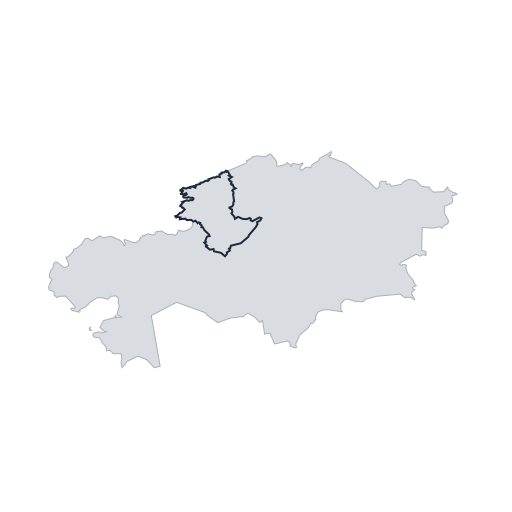 where Qostanay sits in Kazakhstan, rotated 348°
{"feature_id": "KAZ-3196", "entity_name": "Qostanay", "entity_type": "Region", "adm_level": 1, "iso_a3": "KAZ", "parent_name": "Kazakhstan", "parent_adm1": "", "projection": "equal_earth", "projection_center": [62.901, 51.427], "detail": "medium", "context": "in_parent", "style": "outline", "palette": "slate", "viewbox_px": 512, "rotation_deg": 348, "n_neighbors": 0, "source": "natural_earth", "source_scale": "10m", "svg_char_len": 5552}
<svg xmlns="http://www.w3.org/2000/svg" viewBox="0 0 512 512"><g transform="rotate(348 256 256)"><path d="M301.5,330.7L299.0,331.9L297.7,333.7L295.8,333.1L292.5,336.8L282.5,342.4L276.5,350.2L276.5,353.9L274.8,353.9L270.7,351.2L271.3,348.1L269.3,345.7L256.0,345.9L253.5,334.3L248.2,334.2L249.0,320.3L245.8,321.9L242.4,315.8L236.0,310.2L231.1,312.5L217.8,311.4L204.8,313.3L196.0,303.9L194.4,300.8L168.7,284.8L141.2,292.5L139.3,343.9L133.4,344.2L127.5,334.7L119.8,329.5L108.2,332.2L101.8,337.4L101.7,332.8L103.6,328.2L103.7,323.5L96.2,322.0L93.4,317.9L90.0,317.7L90.3,313.4L88.0,309.7L85.9,303.5L80.7,301.7L80.0,299.8L80.6,298.2L81.8,297.6L86.6,297.5L89.9,299.3L93.8,298.9L91.4,297.6L88.5,293.5L93.2,287.5L103.9,286.8L112.0,287.8L107.7,284.6L112.0,276.1L111.4,272.3L112.7,269.7L111.8,267.1L110.3,265.8L105.8,265.3L102.0,267.5L96.7,264.8L92.3,263.7L84.1,266.8L78.3,270.7L72.5,271.7L72.6,273.2L71.8,272.8L70.9,273.5L71.1,274.1L64.9,271.0L63.9,269.9L64.1,268.8L67.9,269.2L68.7,268.2L61.5,255.7L54.5,254.4L52.5,255.3L50.7,252.5L50.8,248.7L46.8,246.4L46.5,244.2L47.8,241.2L51.6,236.6L49.5,233.8L49.9,232.0L52.1,227.5L54.9,225.5L56.1,222.0L58.0,220.3L60.1,220.6L65.8,227.4L66.8,227.8L70.2,226.5L71.2,225.4L69.7,217.6L71.5,217.8L77.1,214.5L79.1,211.6L82.4,211.0L87.5,208.5L92.8,203.3L96.5,204.4L98.1,206.6L100.8,206.5L107.2,203.6L110.5,206.5L118.2,206.5L126.0,212.1L128.6,215.5L129.0,218.0L129.8,218.6L130.9,217.0L130.0,213.3L131.0,212.5L138.1,216.9L141.3,218.0L145.1,216.3L146.1,214.6L149.7,212.4L151.0,212.9L155.0,211.8L159.3,214.1L161.5,213.6L163.4,211.5L168.7,211.8L173.8,216.6L179.6,217.5L180.3,219.2L183.2,218.0L185.8,214.6L189.5,216.8L194.7,216.5L199.3,214.4L201.3,209.7L201.0,208.5L199.1,207.0L190.1,204.3L189.3,202.8L185.8,200.8L189.8,198.3L192.2,198.0L195.5,195.7L193.4,191.4L196.1,187.7L205.4,188.1L206.4,187.3L205.8,186.0L202.3,184.5L197.7,183.8L197.3,183.2L198.0,181.8L201.0,180.9L200.5,180.2L198.2,180.5L195.6,179.6L198.1,174.7L205.0,175.6L229.9,170.3L234.5,170.1L236.1,170.8L237.5,168.7L239.8,167.4L247.1,166.8L265.9,163.1L266.7,162.2L266.3,160.9L269.4,160.3L273.7,158.1L278.8,158.5L285.6,160.8L290.9,159.1L292.7,161.2L295.8,167.7L295.6,170.5L294.7,171.8L295.2,172.4L297.6,173.0L304.2,172.5L305.8,171.0L308.0,173.5L308.7,175.7L310.0,175.0L309.8,173.9L310.3,173.3L313.2,173.7L316.4,175.5L321.1,174.5L320.9,175.8L317.4,178.6L317.3,179.9L318.6,181.8L323.0,179.7L326.5,180.2L328.0,181.3L328.8,179.3L332.4,177.1L336.1,176.3L337.6,175.3L338.1,173.9L351.4,169.6L350.0,173.2L347.7,173.1L348.5,174.7L363.0,184.0L381.5,206.3L387.7,215.5L391.9,213.3L391.8,210.3L394.5,208.9L398.7,210.2L398.4,213.0L401.7,213.2L402.8,216.0L413.2,216.1L415.7,214.0L421.5,212.7L427.9,215.5L432.6,222.4L439.8,224.7L440.2,226.9L443.1,230.5L453.0,232.1L457.5,228.4L458.2,229.5L457.4,231.2L459.5,232.2L461.8,234.8L464.3,235.8L465.5,237.5L460.3,237.9L459.7,239.4L460.0,242.6L458.6,244.8L450.6,246.7L449.2,252.9L451.7,261.8L450.3,264.3L447.7,264.7L443.4,267.5L441.9,265.6L435.1,265.6L424.5,262.7L419.4,284.2L419.7,285.3L422.8,286.6L423.1,288.4L422.3,290.7L419.5,289.4L416.2,290.2L413.2,287.6L396.4,292.3L394.6,294.0L396.0,295.2L398.7,295.0L401.3,296.3L400.1,298.6L400.7,304.9L404.6,312.3L405.1,315.8L406.6,317.9L406.3,318.7L404.8,318.4L402.5,319.6L402.5,320.5L404.3,321.9L400.8,323.9L400.5,325.4L402.1,330.9L401.6,331.6L398.2,328.4L392.8,327.4L389.2,323.3L366.0,320.5L353.7,321.0L351.6,322.8L348.7,322.5L342.7,320.5L335.9,316.8L333.1,317.4L329.1,320.1L327.9,325.9L328.9,328.5L315.5,323.6L309.9,322.7L304.5,323.9L300.8,329.4L301.5,330.7ZM79.7,294.4L78.7,294.7L77.7,293.3L78.1,291.8L79.1,291.3L78.2,293.1L79.7,294.4ZM106.6,286.8L105.7,286.5L105.3,285.9L106.4,285.3L106.6,286.8Z" fill="#d9dde1" stroke="#a8b0b8" stroke-width="1"/><path d="M244.7,167.5L245.9,167.2L247.3,171.3L246.2,171.7L248.8,173.7L245.3,175.1L246.1,177.3L247.5,178.1L247.3,179.4L246.4,180.2L246.8,181.2L248.1,181.4L248.5,184.2L250.1,185.6L247.0,186.4L246.4,187.2L247.2,188.6L247.1,190.1L246.4,190.8L246.0,197.7L245.2,198.4L244.3,201.3L242.8,202.6L240.1,203.0L240.0,203.8L242.2,205.5L242.0,208.1L240.8,209.3L243.0,213.0L243.1,215.3L246.6,214.0L250.8,217.0L254.5,218.0L257.4,217.5L258.6,218.3L258.1,219.9L259.7,221.2L267.3,219.0L269.2,220.2L267.6,222.1L264.0,223.1L264.1,225.1L261.8,227.7L253.2,234.3L252.7,235.5L243.7,240.4L233.5,240.7L232.3,243.1L231.1,243.2L231.6,245.2L228.2,246.5L228.1,247.9L225.6,249.8L222.4,245.6L215.9,242.7L215.9,240.4L212.1,240.2L209.2,236.4L208.2,236.2L210.3,235.6L208.2,232.2L210.0,231.8L209.6,230.7L211.6,227.4L212.7,226.7L214.7,226.9L214.5,225.2L210.8,219.9L210.0,216.8L208.6,216.5L209.2,214.6L207.9,213.3L208.4,212.1L207.0,211.2L205.8,211.8L204.2,208.9L201.9,209.3L200.2,207.2L195.7,206.5L194.8,204.8L189.2,204.2L190.2,202.6L186.8,201.3L186.0,201.7L185.3,200.3L187.5,200.0L190.6,198.0L192.2,198.1L196.0,195.7L194.9,193.8L193.7,193.3L193.6,192.0L192.3,191.5L192.6,190.7L196.2,188.3L195.4,187.7L200.1,187.1L201.7,188.0L203.8,187.6L205.2,188.2L206.5,187.5L206.8,186.6L206.1,185.8L203.3,185.2L202.1,184.3L200.8,184.8L197.3,183.6L197.1,182.7L198.1,181.1L199.8,181.9L201.2,181.1L200.7,180.0L198.5,180.6L194.6,179.5L195.8,179.5L197.8,177.5L195.6,176.4L195.8,175.7L197.9,176.1L197.7,174.8L199.2,174.2L201.6,175.6L203.6,175.0L205.7,175.8L205.7,174.8L209.8,174.7L210.1,175.1L209.5,175.7L210.9,176.6L211.5,175.4L211.1,174.7L211.9,174.1L216.4,173.9L216.8,172.8L219.2,173.0L222.5,171.9L224.4,172.6L225.5,172.2L225.4,171.1L231.1,170.3L232.5,170.9L234.3,170.1L237.0,171.2L237.1,168.7L239.6,168.2L239.6,167.3L242.4,167.6L244.3,166.4L244.7,167.5Z" fill="none" stroke="#1e293b" stroke-width="2"/></g></svg>